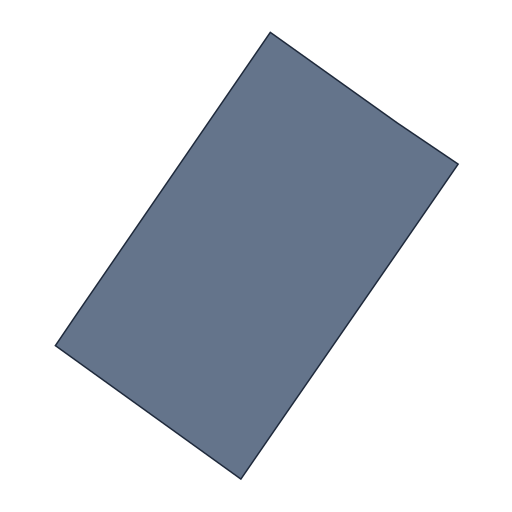 Warren, Illinois, United States of America (Mercator projection), rotated 34°
{"feature_id": "52423323B212950030214", "entity_name": "Warren", "entity_type": "district", "adm_level": 2, "iso_a3": "USA", "parent_name": "United States of America", "parent_adm1": "Illinois", "projection": "mercator", "projection_center": [-90.608, 40.848], "detail": "fine", "context": "isolated", "style": "filled", "palette": "slate", "viewbox_px": 512, "rotation_deg": 34, "n_neighbors": 0, "source": "geoboundaries", "source_scale": "gbopen_adm2", "svg_char_len": 274}
<svg xmlns="http://www.w3.org/2000/svg" viewBox="0 0 512 512"><g transform="rotate(34 256 256)"><path d="M142.8,62.6L139.9,404.6L139.8,442.5L368.2,449.4L368.9,373.2L371.2,169.1L372.2,66.8L298.5,66.7L142.8,62.6Z" fill="#64748b" stroke="#1e293b" stroke-width="1.5"/></g></svg>